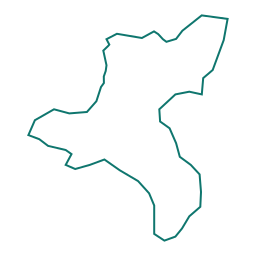 outline of Priekulu
{"feature_id": "LVA-5794", "entity_name": "Priekulu", "entity_type": "Municipality", "adm_level": 1, "iso_a3": "LVA", "parent_name": "Latvia", "parent_adm1": "", "projection": "mercator", "projection_center": [25.467, 57.339], "detail": "fine", "context": "isolated", "style": "outline", "palette": "teal", "viewbox_px": 256, "rotation_deg": 0, "n_neighbors": 0, "source": "natural_earth", "source_scale": "10m", "svg_char_len": 784}
<svg xmlns="http://www.w3.org/2000/svg" viewBox="0 0 256 256"><path d="M201.7,15.4L227.6,18.9L223.7,40.1L212.7,70.0L203.2,78.1L201.8,94.4L189.3,91.7L175.4,94.4L159.3,109.3L160.1,121.5L169.6,128.3L176.1,143.2L179.8,156.8L190.8,164.9L199.6,174.4L201.0,192.0L200.3,206.8L189.3,216.3L182.0,228.5L175.4,236.6L164.4,240.6L154.2,233.9L154.2,205.5L149.1,193.3L138.1,181.1L119.8,170.3L104.4,159.5L89.8,164.9L75.2,169.0L65.7,164.9L71.5,154.1L65.7,150.0L48.1,145.9L39.3,139.2L28.4,135.1L34.9,120.2L54.0,109.3L69.3,113.4L86.9,112.0L96.4,101.2L101.0,87.0L103.9,83.0L103.8,76.5L105.7,71.0L106.5,65.3L103.3,50.6L108.3,45.8L109.3,44.6L106.5,39.2L116.9,33.8L141.9,38.0L154.0,31.4L158.2,34.1L162.9,39.2L166.4,41.8L176.1,38.9L182.4,30.7L201.7,15.4Z" fill="none" stroke="#0f766e" stroke-width="2"/></svg>